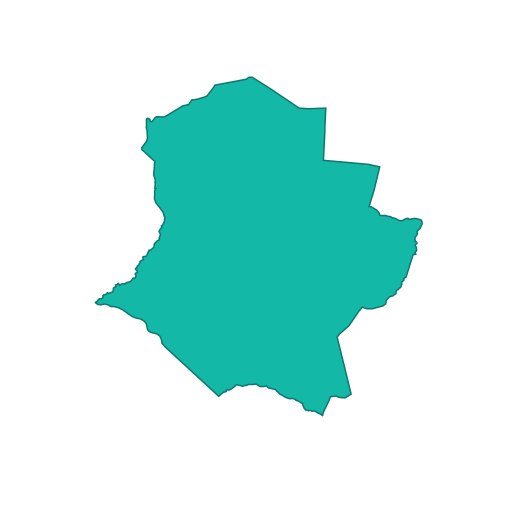 San Sebastián Río Hondo, Oaxaca, Mexico, rotated 66°
{"feature_id": "50627088B23395103258553", "entity_name": "San Sebastián Río Hondo", "entity_type": "district", "adm_level": 2, "iso_a3": "MEX", "parent_name": "Mexico", "parent_adm1": "Oaxaca", "projection": "orthographic", "projection_center": [-96.416, 16.202], "detail": "fine", "context": "isolated", "style": "filled", "palette": "teal", "viewbox_px": 512, "rotation_deg": 66, "n_neighbors": 0, "source": "geoboundaries", "source_scale": "gbopen_adm2", "svg_char_len": 5068}
<svg xmlns="http://www.w3.org/2000/svg" viewBox="0 0 512 512"><g transform="rotate(66 256 256)"><path d="M420.9,225.3L390.1,219.7L363.1,214.9L361.1,211.1L357.6,199.6L348.1,184.1L346.0,179.7L349.4,176.0L351.5,171.2L353.2,160.4L352.5,157.0L349.7,155.3L347.5,150.6L348.1,147.1L347.5,145.2L347.5,143.7L346.8,143.1L344.7,142.2L344.4,141.3L344.5,139.5L344.0,139.0L343.6,138.1L343.7,137.4L343.2,136.3L340.9,134.1L339.2,133.7L338.1,130.5L336.6,130.2L336.3,127.5L318.8,112.1L319.3,109.3L317.3,109.2L317.0,108.3L316.8,107.7L316.3,107.1L315.7,106.8L315.3,106.6L313.6,106.1L313.1,106.0L312.8,106.1L312.1,106.1L311.0,106.3L310.4,105.7L310.3,104.9L310.0,103.9L309.0,103.6L308.4,103.9L308.0,104.2L307.1,104.4L305.7,104.1L305.3,103.9L304.4,103.5L303.1,102.4L302.9,101.3L302.3,100.5L301.3,99.6L300.9,99.3L300.2,99.2L299.5,99.1L299.0,98.6L298.6,98.1L297.9,95.8L297.8,95.5L297.7,95.1L296.8,94.0L296.1,93.2L295.3,92.6L294.9,91.8L294.2,91.1L293.2,90.8L291.6,90.3L290.1,90.6L288.6,92.4L286.9,94.6L285.9,96.4L285.4,99.2L284.7,101.3L283.3,101.9L283.0,103.2L282.9,104.8L283.2,107.8L282.5,109.9L280.9,111.6L279.1,112.8L277.7,114.2L276.3,116.1L274.7,117.1L273.9,118.6L272.9,120.0L271.8,121.0L271.0,122.7L270.5,124.2L269.3,126.3L266.4,126.1L263.2,127.1L260.7,128.7L258.0,130.7L256.8,132.6L252.2,128.6L243.6,121.1L236.4,115.6L229.9,110.6L224.9,106.7L217.9,116.2L204.3,140.6L196.0,155.6L194.8,154.9L169.8,142.2L168.6,141.7L166.4,140.7L163.2,139.1L149.3,132.1L142.3,149.4L142.2,149.3L138.4,156.5L109.6,174.5L91.1,186.8L90.8,187.7L89.9,189.5L90.5,193.2L83.2,224.0L84.6,226.0L86.0,228.4L87.3,230.9L89.1,234.3L89.9,235.9L89.8,238.7L89.2,243.1L88.9,245.9L88.0,249.3L87.2,251.0L88.9,253.8L90.4,256.0L90.0,256.7L89.7,258.8L89.1,261.5L91.7,282.9L90.8,285.1L90.1,286.5L89.3,288.0L88.3,290.2L88.5,291.3L88.7,292.4L89.7,293.8L90.6,295.6L91.0,296.5L89.8,297.8L87.9,297.3L86.2,298.7L86.3,300.4L91.1,302.4L93.8,303.9L97.5,304.6L104.1,307.2L106.7,309.3L110.5,316.2L112.3,317.0L121.1,313.2L128.3,310.0L135.2,313.7L136.3,314.3L137.4,314.9L139.0,315.8L140.5,316.6L142.1,316.7L143.3,316.8L143.6,316.8L145.0,317.0L146.8,317.7L147.7,318.3L147.8,318.1L148.4,318.4L150.2,319.3L151.9,320.3L153.3,321.0L153.4,320.9L153.8,320.3L155.3,322.2L157.8,323.2L161.6,325.1L162.7,325.6L165.3,325.7L166.4,325.8L167.8,325.5L170.4,324.9L172.7,324.3L175.3,323.7L178.1,323.1L182.6,323.6L182.9,323.3L185.0,324.5L186.7,325.3L188.1,326.7L189.9,329.1L190.1,330.3L191.4,330.3L192.1,331.7L193.8,334.4L194.2,334.6L197.4,334.5L199.6,336.4L200.1,337.2L201.8,337.5L201.9,339.9L202.4,340.7L202.5,341.1L203.6,344.1L206.4,345.5L206.9,347.1L207.3,348.3L207.8,349.9L207.2,351.4L209.8,354.2L211.4,356.0L211.4,356.9L210.7,359.5L212.0,360.2L213.3,360.2L213.8,364.1L214.1,364.4L214.6,364.4L216.1,366.4L216.4,366.6L216.9,368.7L218.0,369.1L218.6,371.4L218.9,371.5L221.7,370.6L222.8,371.2L222.8,373.3L223.6,373.8L224.6,373.4L226.2,374.3L227.0,375.4L226.4,376.7L226.2,377.1L228.0,380.3L228.1,382.9L227.6,385.1L227.7,385.5L228.2,387.2L227.7,387.7L226.9,390.4L227.2,392.6L225.1,392.8L225.0,393.3L225.5,394.3L225.4,396.1L226.8,396.3L227.3,399.3L230.0,400.8L230.6,401.6L230.4,402.8L230.2,405.8L229.1,406.7L230.1,408.6L229.6,410.7L230.2,412.2L231.9,412.9L232.2,414.7L231.4,416.4L232.1,418.6L233.1,419.8L232.8,420.5L233.1,421.5L233.3,421.7L236.0,420.1L237.4,417.8L237.8,416.2L238.1,414.3L238.7,413.3L240.3,411.2L243.2,409.1L244.5,406.2L245.3,405.1L246.4,403.7L248.2,401.9L249.7,400.8L251.3,399.4L252.5,398.8L254.4,397.6L256.1,396.7L257.3,396.2L258.5,395.0L260.4,394.0L261.6,393.2L262.4,392.2L263.6,391.2L264.7,389.7L265.7,388.2L267.2,386.4L268.9,385.5L270.1,384.7L271.4,384.2L272.3,383.9L274.3,383.9L275.4,384.2L276.6,384.5L278.9,385.0L281.1,384.5L283.0,383.0L284.4,381.4L285.5,379.7L286.9,378.2L288.3,377.3L290.0,376.5L293.0,376.3L294.6,376.6L296.3,377.1L296.8,377.2L297.2,377.4L297.4,377.4L302.1,376.0L369.0,347.1L368.4,345.4L367.7,342.9L367.2,340.8L367.3,340.4L367.5,340.0L367.7,339.2L367.6,338.3L367.1,337.8L366.9,337.9L366.7,337.9L366.5,337.7L366.6,336.3L366.9,336.0L367.2,335.6L367.5,335.3L367.6,334.8L367.5,333.5L367.4,332.3L366.6,329.1L366.0,327.2L365.6,326.4L365.7,326.1L367.2,324.1L368.8,322.0L369.7,321.2L369.6,319.1L370.4,317.3L370.3,314.8L371.5,312.6L372.3,310.5L373.0,308.2L375.1,306.5L376.4,305.8L377.6,304.3L377.8,303.2L378.4,302.1L378.4,301.3L378.7,300.6L379.0,299.4L380.1,298.7L380.8,298.7L382.0,297.9L382.9,296.4L384.3,294.7L385.1,293.5L386.0,292.4L388.1,291.9L388.7,291.6L390.0,291.0L392.1,290.4L393.5,288.9L396.5,287.0L397.4,286.1L398.2,285.5L400.3,283.0L400.6,282.0L400.7,280.7L403.0,278.6L404.0,278.2L404.7,277.6L405.5,276.5L406.3,275.9L408.3,274.6L409.8,273.5L410.9,273.9L412.9,273.8L414.5,274.0L415.4,273.6L416.4,273.5L416.7,273.5L417.0,273.0L417.5,272.2L418.7,271.0L418.9,270.2L418.9,269.4L419.2,268.9L419.8,268.6L420.3,268.3L420.8,267.3L421.1,266.6L421.6,265.5L423.0,264.3L424.9,263.1L425.3,262.8L425.6,262.3L426.4,261.7L427.5,260.8L428.2,260.6L428.8,260.1L425.6,257.4L422.7,253.9L417.4,247.7L416.4,246.7L414.8,245.4L416.5,239.8L418.9,237.7L421.8,232.5L421.6,230.5L420.9,225.3Z" fill="#14b8a6" stroke="#0f766e" stroke-width="1.5"/></g></svg>